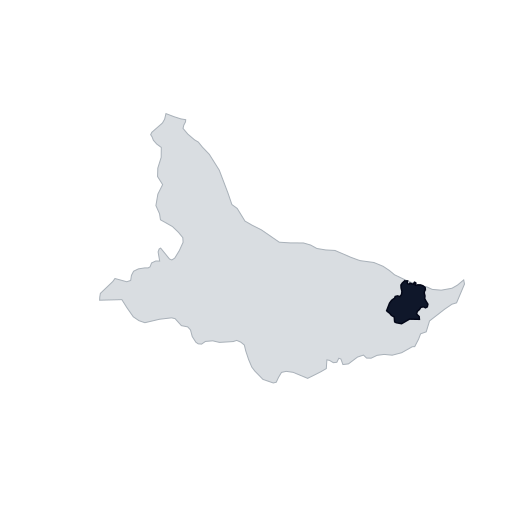 Edineţ highlighted on a map of Moldova, rotated 143°
{"feature_id": "MDA-1615", "entity_name": "Edineţ", "entity_type": "District", "adm_level": 1, "iso_a3": "MDA", "parent_name": "Moldova", "parent_adm1": "", "projection": "equal_earth", "projection_center": [27.238, 48.122], "detail": "fine", "context": "in_parent", "style": "filled", "palette": "ink", "viewbox_px": 512, "rotation_deg": 143, "n_neighbors": 0, "source": "natural_earth", "source_scale": "10m", "svg_char_len": 2778}
<svg xmlns="http://www.w3.org/2000/svg" viewBox="0 0 512 512"><g transform="rotate(143 256 256)"><path d="M104.5,111.9L106.4,108.1L124.0,97.9L128.6,99.6L137.8,100.0L156.5,99.7L165.7,93.0L171.4,94.8L176.1,91.8L183.8,88.1L184.9,88.9L185.9,89.5L197.9,91.1L206.9,94.8L212.9,100.3L219.1,103.8L225.5,105.1L229.1,107.9L229.8,112.2L235.8,114.2L247.1,114.2L251.9,117.0L250.2,122.6L251.4,124.5L255.4,122.5L258.4,124.2L260.1,128.4L261.9,130.4L267.6,123.8L273.7,124.5L288.4,127.2L296.4,140.8L301.3,145.7L305.7,147.7L311.1,145.5L315.8,143.0L318.6,144.2L324.7,153.2L326.2,165.0L326.2,169.8L324.2,177.8L321.3,186.4L318.9,191.9L320.0,196.4L322.2,200.2L325.7,201.4L337.2,209.0L341.6,214.3L347.8,218.2L352.5,218.4L355.0,220.6L355.9,223.3L355.4,230.0L352.8,236.4L353.2,240.5L357.5,245.3L358.0,251.0L358.3,254.6L360.6,257.4L371.2,263.6L384.9,269.6L388.4,274.8L390.6,281.3L390.2,292.3L389.4,301.9L407.5,314.8L405.5,317.2L402.8,319.8L385.7,321.8L382.2,322.9L374.7,313.2L370.8,311.9L367.1,315.5L362.9,317.5L357.7,316.5L352.1,313.5L349.3,311.4L347.1,311.1L343.6,313.3L339.0,312.3L336.0,309.9L331.7,318.2L329.1,319.9L327.4,319.7L326.9,305.7L325.6,303.5L322.2,303.2L313.9,306.5L306.0,310.8L303.4,314.7L303.7,321.6L305.0,329.8L310.5,342.4L307.6,347.8L305.6,356.5L297.1,364.5L287.6,369.2L286.8,378.7L281.5,385.3L272.4,391.8L266.3,399.7L267.9,405.1L268.3,410.2L267.3,413.7L267.1,416.3L264.7,417.5L250.7,418.5L246.7,420.2L242.2,423.9L237.8,416.8L233.4,410.6L230.1,407.2L231.5,405.6L235.0,403.9L237.5,401.8L237.1,394.4L235.2,385.8L233.5,381.7L233.3,375.3L232.1,365.2L233.7,346.6L240.5,323.2L244.3,311.6L242.4,305.3L243.8,290.5L240.7,283.2L236.0,273.7L229.1,253.0L220.7,245.8L210.3,237.9L205.8,231.9L202.9,225.4L196.7,218.9L189.6,212.9L181.1,198.0L176.8,191.3L175.4,189.4L165.8,179.9L160.7,171.3L158.2,164.2L156.7,157.7L150.0,144.8L143.8,135.1L138.0,128.2L135.4,123.3L128.6,117.2L118.9,112.3L112.6,111.5L104.5,111.9Z" fill="#d9dde1" stroke="#a8b0b8" stroke-width="1"/><path d="M145.2,139.7L145.0,139.4L144.8,139.0L144.7,138.6L144.6,138.1L146.3,137.4L146.3,136.6L144.1,135.5L142.0,133.9L140.6,131.8L139.9,129.2L140.1,128.5L141.0,127.5L141.1,127.0L141.9,126.9L143.8,125.4L145.1,122.4L146.9,120.5L147.4,117.4L147.7,114.1L149.8,112.3L151.8,112.6L152.8,114.6L155.2,115.8L157.7,114.9L160.5,114.7L162.7,113.0L162.1,109.5L163.6,107.1L171.4,113.2L180.5,114.3L184.2,118.4L184.9,119.9L184.3,121.0L182.3,124.1L183.6,127.1L183.7,129.8L184.5,132.6L184.6,133.7L177.7,138.0L174.4,139.0L172.5,139.0L170.7,138.9L169.2,139.9L167.0,139.0L165.5,137.0L162.9,137.7L160.7,140.0L159.4,143.1L157.7,145.6L155.3,146.4L152.9,146.6L152.2,146.7L152.2,146.4L151.7,146.2L149.9,144.9L150.9,144.1L151.5,143.2L151.4,142.2L150.4,141.2L149.3,141.7L148.5,140.3L147.4,138.9L145.2,139.7Z" fill="#0f172a" stroke="#020617" stroke-width="1.5"/></g></svg>